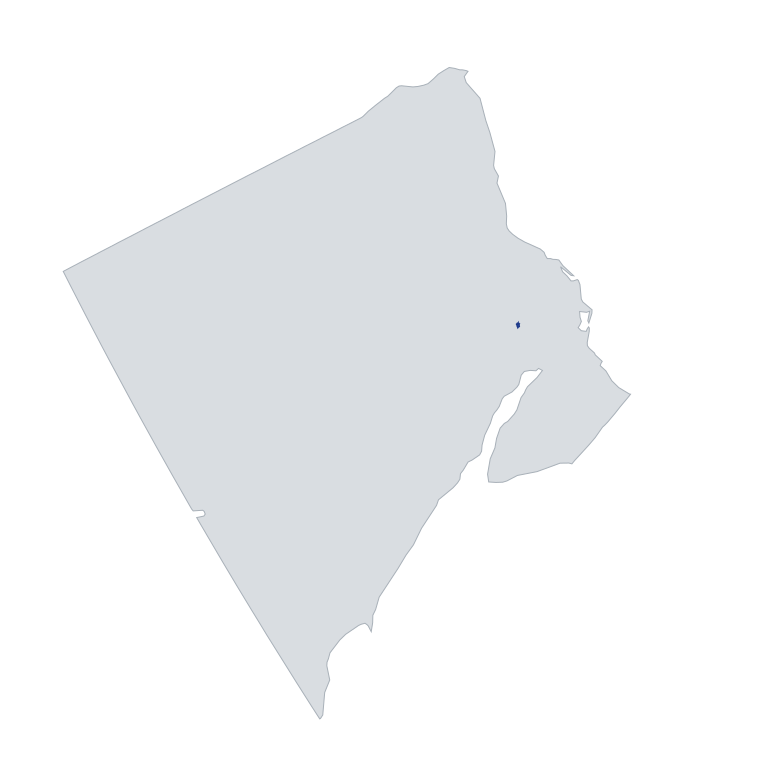 location of Al Khalifa, Al Qahirah, Egypt, rotated 60°
{"feature_id": "37247803B15392203431980", "entity_name": "Al Khalifa", "entity_type": "district", "adm_level": 2, "iso_a3": "EGY", "parent_name": "Egypt", "parent_adm1": "Al Qahirah", "projection": "orthographic", "projection_center": [31.287, 30.01], "detail": "fine", "context": "in_parent", "style": "filled", "palette": "blue", "viewbox_px": 768, "rotation_deg": 60, "n_neighbors": 0, "source": "geoboundaries", "source_scale": "gbopen_adm2", "svg_char_len": 4168}
<svg xmlns="http://www.w3.org/2000/svg" viewBox="0 0 768 768"><g transform="rotate(60 384 384)"><path d="M641.9,607.1L627.7,607.8L613.5,608.4L599.3,609.0L585.1,609.5L570.9,610.0L556.7,610.5L542.4,611.0L528.2,611.3L513.9,611.7L499.7,612.0L485.4,612.3L471.2,612.5L456.9,612.7L442.7,612.8L428.4,612.9L414.2,613.0L406.0,613.0L407.4,608.9L408.3,606.0L407.3,603.9L404.5,603.4L402.7,604.1L398.5,612.7L396.2,613.1L391.2,613.1L374.6,613.0L358.0,612.9L341.4,612.7L324.8,612.5L308.2,612.2L291.6,611.9L275.0,611.5L258.4,611.0L241.8,610.5L225.3,610.0L208.7,609.4L192.2,608.7L175.6,608.0L159.1,607.2L142.6,606.4L126.1,605.5L126.5,595.1L126.9,584.7L127.4,574.2L127.8,563.8L128.3,553.4L128.7,542.9L129.2,532.5L129.7,522.0L130.1,511.6L130.6,501.1L131.1,490.7L131.6,480.2L132.0,469.7L132.5,459.2L133.0,448.8L133.5,438.3L134.0,427.8L134.5,417.3L135.0,406.8L135.5,396.3L136.1,385.8L136.6,375.3L137.1,364.8L137.6,354.3L138.2,343.8L138.7,333.3L139.3,322.8L139.8,312.3L140.4,301.8L140.9,291.3L141.5,280.8L142.0,270.3L141.8,268.3L139.9,261.1L138.4,251.9L136.8,240.6L136.7,236.9L133.6,225.2L133.5,222.0L134.5,219.7L141.2,210.4L143.3,205.8L145.1,200.2L145.9,195.7L144.5,188.5L142.8,182.1L142.5,175.6L142.5,169.3L145.9,165.1L149.8,161.3L151.3,158.8L153.6,156.2L155.2,154.9L157.9,160.8L164.1,162.1L184.6,158.0L206.8,164.1L219.2,166.6L238.1,171.6L249.5,179.8L252.7,180.8L261.1,180.9L266.5,185.7L288.3,188.5L299.9,193.8L306.5,198.0L310.5,199.3L314.0,199.1L318.8,197.7L324.9,195.0L331.5,191.1L345.2,181.2L350.0,179.5L353.2,180.0L357.0,179.9L358.6,177.1L360.6,175.3L361.9,173.1L364.0,170.6L371.0,169.9L385.1,165.6L383.5,167.7L370.7,172.5L376.1,173.2L381.8,171.5L388.2,170.5L389.4,168.4L390.2,164.4L391.5,163.9L395.9,164.6L409.1,170.7L412.4,170.8L421.7,167.5L423.7,166.7L426.7,168.6L433.6,176.1L431.2,175.9L423.8,169.5L423.2,172.7L419.0,178.4L424.3,180.9L428.5,181.8L430.8,184.9L432.3,187.7L436.5,186.5L439.5,182.6L437.9,180.5L436.8,178.3L438.2,178.2L441.1,180.0L449.6,187.2L452.5,188.7L455.7,188.4L462.5,186.2L464.4,186.5L473.5,183.7L474.6,185.7L476.2,187.6L483.5,185.3L495.1,185.1L504.5,182.5L515.3,176.5L516.1,175.6L516.7,177.0L518.2,180.9L521.8,190.8L524.9,198.5L528.8,209.3L530.0,213.4L530.6,216.3L536.1,228.1L539.5,237.8L542.0,245.7L545.6,257.2L547.1,261.2L544.9,263.4L540.6,271.1L536.4,295.3L529.9,314.2L529.4,326.0L528.4,330.3L525.2,336.3L521.2,342.3L513.9,339.4L501.9,329.4L494.8,319.9L487.4,313.7L480.3,305.5L478.3,299.5L478.3,295.7L475.2,286.3L472.9,281.9L464.3,272.1L461.9,266.8L460.0,264.4L458.1,261.1L454.9,248.2L451.5,240.0L447.8,242.3L448.5,245.8L445.3,250.6L443.3,256.2L444.9,260.7L451.8,267.5L453.2,270.5L454.9,277.1L454.7,286.0L455.9,289.0L461.1,295.5L463.0,299.4L464.2,302.8L465.9,305.8L471.2,311.5L478.7,322.4L485.9,329.6L491.0,333.1L493.2,336.6L493.9,345.8L493.6,350.2L498.2,358.4L499.9,362.6L504.4,365.9L506.4,369.8L508.4,376.1L511.5,394.7L515.4,399.2L527.7,423.6L538.0,438.9L543.1,450.3L550.8,464.2L566.2,494.8L575.1,504.0L578.7,509.3L585.1,513.2L592.1,518.9L585.6,518.6L584.0,519.0L581.7,520.1L580.7,523.8L580.4,526.7L581.6,542.4L583.6,550.3L589.8,565.2L594.2,569.6L596.4,572.4L599.4,574.4L613.2,579.0L621.5,589.6L640.0,602.5L641.9,606.2L641.9,607.1Z" fill="#d9dde1" stroke="#a8b0b8" stroke-width="1"/><path d="M398.2,237.3L398.3,237.5L398.2,237.5L398.2,237.8L398.2,238.0L398.2,238.3L398.1,238.5L398.1,238.8L398.1,238.7L398.3,238.7L398.4,238.8L398.4,239.0L398.5,239.2L398.5,239.3L398.8,239.4L399.0,239.4L399.0,239.2L399.3,239.3L399.5,239.4L399.8,239.4L400.1,239.5L400.3,239.6L400.5,239.6L400.8,239.7L400.9,239.8L401.0,239.8L401.3,239.8L401.5,239.8L402.1,239.9L402.0,239.7L401.9,239.5L401.9,239.4L401.8,239.2L401.7,239.2L401.7,238.9L401.8,238.9L401.9,238.7L401.8,238.4L401.8,238.2L401.7,238.2L401.4,238.1L401.2,238.0L401.2,237.9L400.9,237.8L400.7,237.7L400.4,237.5L400.4,237.4L400.2,237.3L399.9,237.4L399.8,237.5L399.8,237.4L399.7,237.4L399.7,237.5L399.7,237.4L399.7,237.5L399.6,237.4L399.6,237.5L399.5,237.4L399.5,237.5L399.5,237.4L399.5,237.2L399.4,237.2L399.5,237.2L399.5,237.3L399.4,237.3L399.4,237.2L399.4,237.3L399.3,237.5L399.3,237.4L399.2,237.5L398.9,237.7L398.8,237.4L398.7,237.4L398.4,237.4L398.2,237.3Z" fill="#3b82f6" stroke="#1e3a8a" stroke-width="1.5"/></g></svg>